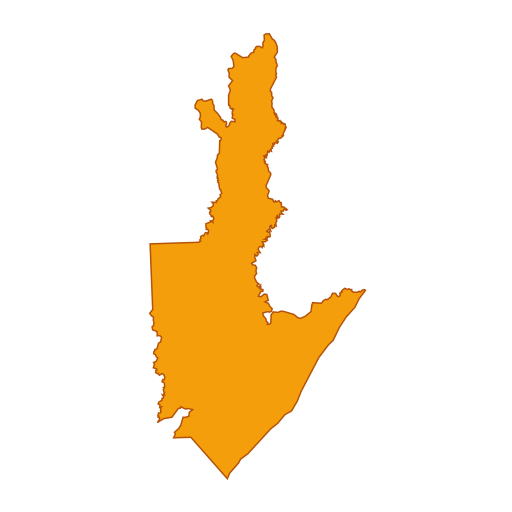 Manicoré, Amazonas, Brazil, rotated 178°
{"feature_id": "56859067B26711043280922", "entity_name": "Manicoré", "entity_type": "district", "adm_level": 2, "iso_a3": "BRA", "parent_name": "Brazil", "parent_adm1": "Amazonas", "projection": "natural_earth1", "projection_center": [-61.559, -6.788], "detail": "fine", "context": "isolated", "style": "filled", "palette": "amber", "viewbox_px": 512, "rotation_deg": 178, "n_neighbors": 0, "source": "geoboundaries", "source_scale": "gbopen_adm2", "svg_char_len": 6145}
<svg xmlns="http://www.w3.org/2000/svg" viewBox="0 0 512 512"><g transform="rotate(178 256 256)"><path d="M253.7,459.0L256.0,456.6L256.5,455.1L262.2,454.6L269.7,459.5L271.2,459.2L273.9,456.4L272.0,452.2L271.5,446.0L273.4,444.3L276.7,444.3L277.6,443.0L276.4,439.5L276.7,435.6L273.3,432.1L277.5,427.0L275.8,422.8L277.8,417.4L278.1,408.3L277.9,407.4L277.1,407.4L276.6,404.6L275.1,403.6L274.7,404.3L273.3,403.6L274.7,401.1L274.8,398.4L274.0,398.1L275.0,395.4L274.8,394.4L272.4,393.5L272.2,390.9L275.9,391.5L277.2,390.3L278.2,387.7L280.2,385.9L281.1,386.0L281.7,387.4L280.8,389.1L281.0,390.9L281.6,391.6L283.1,391.0L284.6,393.1L286.1,393.4L286.6,395.6L289.0,399.3L292.7,403.4L292.8,408.0L293.8,409.6L294.1,413.0L295.3,414.3L301.3,412.4L303.5,413.0L304.5,414.6L309.2,413.3L311.7,408.8L311.6,405.8L308.8,403.8L306.8,401.1L306.7,397.2L307.9,394.6L305.8,392.1L306.2,386.4L305.7,384.7L302.9,384.6L299.8,386.2L290.1,379.1L288.7,376.1L286.7,375.5L286.6,374.7L287.5,372.4L288.2,372.5L289.1,360.0L291.0,358.3L291.3,355.4L293.2,351.2L291.5,344.6L292.2,343.1L293.4,342.8L292.7,342.7L293.0,341.7L291.6,338.6L292.1,336.4L291.3,335.8L292.0,335.1L291.1,334.2L291.8,332.9L290.9,332.3L291.6,331.1L290.7,330.1L290.0,324.1L289.1,323.5L288.1,319.7L289.9,318.3L289.2,316.5L292.3,314.0L292.5,312.8L293.8,312.5L293.7,310.9L298.1,311.3L296.8,309.7L297.1,307.7L299.3,305.9L302.1,305.5L299.6,303.2L299.6,302.1L300.8,301.5L300.8,299.8L299.3,298.0L299.4,297.2L298.1,296.6L298.4,297.5L297.7,297.2L296.8,294.9L297.7,293.1L298.6,292.9L298.0,291.3L300.4,292.8L300.7,291.4L304.9,290.0L305.0,286.2L304.3,285.4L304.8,284.4L302.9,284.0L302.6,282.8L303.0,280.1L303.5,279.7L303.8,280.8L305.7,281.2L307.6,278.1L308.7,278.5L310.7,277.3L310.5,275.5L311.6,273.9L310.8,272.8L312.8,271.7L361.4,271.8L361.1,206.1L364.2,202.5L362.6,199.9L360.6,198.6L360.9,195.4L360.3,193.1L361.0,189.8L362.3,189.0L361.9,185.8L357.4,183.9L357.6,179.7L354.8,179.8L353.2,178.0L354.3,173.6L356.5,172.2L358.2,166.7L360.4,165.9L360.7,164.3L361.5,163.8L361.6,161.9L359.8,160.7L359.3,158.9L357.7,157.5L359.5,154.1L362.1,153.2L361.2,151.6L362.5,147.9L359.4,146.7L358.9,145.6L360.2,144.9L360.4,143.1L358.6,141.8L357.8,142.1L356.7,140.2L354.1,141.7L352.5,141.0L351.4,138.3L351.9,135.7L353.5,135.8L354.3,133.6L352.8,133.1L351.9,131.5L352.0,127.8L353.0,127.7L352.6,127.1L353.3,125.6L352.7,122.8L352.1,122.8L352.7,121.4L352.3,120.5L353.2,120.7L353.3,119.7L354.2,120.3L353.3,118.5L353.6,117.2L355.0,116.8L355.0,115.1L358.2,113.4L358.8,112.1L358.9,111.4L357.1,110.4L357.5,108.1L355.9,108.4L356.9,107.3L356.3,105.7L356.9,104.9L356.3,103.9L357.4,102.3L358.9,102.5L359.6,99.8L358.8,99.3L359.5,98.5L358.0,97.5L358.5,95.4L360.5,93.0L353.8,96.7L345.6,97.8L338.9,106.4L336.8,106.6L336.3,108.0L331.9,105.5L329.0,105.9L324.6,104.7L328.1,102.2L328.7,98.3L332.2,97.2L334.5,97.4L337.1,89.4L339.5,86.1L343.6,82.7L342.8,80.7L344.7,77.2L327.4,77.1L292.4,34.4L290.0,39.8L280.8,49.6L278.5,53.5L271.0,58.7L247.2,82.9L240.1,88.1L232.6,96.5L225.9,99.9L219.8,109.5L215.7,119.0L196.7,152.4L186.5,164.9L181.9,168.9L175.0,182.0L167.9,192.0L159.0,201.2L154.3,209.9L147.8,217.8L148.6,218.6L150.8,218.3L153.2,216.3L154.3,217.2L156.0,216.2L159.4,216.4L161.1,217.0L161.6,219.1L162.3,218.7L164.1,220.0L165.5,219.3L168.5,220.6L171.5,218.3L171.4,216.6L172.5,216.9L173.6,215.8L173.1,213.5L174.6,212.6L175.9,212.7L177.7,215.8L180.8,216.1L182.8,212.3L186.4,209.9L187.9,210.3L190.3,209.0L192.2,206.5L201.0,207.4L202.0,204.8L202.9,198.6L208.8,194.1L213.3,192.2L216.0,192.6L220.2,196.3L230.5,199.7L233.0,200.0L236.0,198.9L240.7,199.5L242.9,196.8L243.6,188.4L245.0,187.3L247.1,187.3L246.4,188.9L247.9,190.4L248.3,192.8L250.9,196.2L251.2,198.8L246.4,200.0L244.4,199.4L242.3,200.5L241.7,202.7L243.9,205.1L245.2,208.2L248.6,209.8L245.3,211.3L246.5,217.1L249.0,217.7L252.4,215.1L255.1,215.7L252.3,220.5L250.4,220.4L250.2,222.1L253.3,223.3L252.3,224.6L252.4,226.7L254.1,224.8L255.9,225.7L255.9,226.8L253.9,227.9L256.2,229.7L258.4,234.7L257.2,237.4L256.0,238.2L256.6,241.3L255.7,244.2L257.1,246.8L259.6,247.2L260.7,248.8L256.2,251.2L257.2,254.1L257.1,257.5L255.2,255.9L253.9,257.2L254.7,259.4L251.7,259.1L253.6,262.6L252.8,264.5L251.8,265.3L250.1,265.1L249.6,264.3L248.7,266.4L247.9,265.5L247.8,267.3L249.3,269.9L246.1,270.0L244.1,271.4L244.8,272.3L246.6,272.5L245.4,273.0L245.0,274.4L244.2,273.2L243.4,275.1L241.9,274.5L241.1,275.1L241.4,280.0L243.2,279.2L244.5,280.4L241.9,282.1L240.5,281.0L241.4,283.7L240.8,285.8L239.5,286.0L239.5,283.6L238.5,282.9L236.4,284.2L236.2,286.2L234.9,285.3L235.1,288.6L233.9,290.4L234.7,293.3L233.8,295.3L233.1,295.7L232.6,294.8L233.0,293.0L231.7,293.3L230.9,294.5L231.0,297.2L227.7,296.9L229.2,298.5L229.5,299.9L226.9,300.0L226.9,301.5L226.1,302.0L224.2,300.6L223.2,301.2L226.5,304.0L228.7,304.1L228.9,308.3L229.8,308.4L231.1,310.5L233.5,309.5L234.8,310.5L235.1,309.4L236.4,309.5L237.5,312.2L241.6,313.2L242.4,316.0L240.6,320.6L243.5,324.3L243.5,325.9L238.4,336.7L238.5,338.4L240.5,340.6L240.9,344.1L241.8,345.5L241.2,346.9L244.0,348.3L243.4,349.8L244.5,350.1L243.9,351.1L244.6,352.3L243.7,353.6L244.4,355.2L242.2,354.0L242.3,355.6L243.2,356.2L242.3,356.7L241.5,356.1L240.6,360.3L239.3,359.3L238.6,361.0L237.0,360.2L237.5,362.5L235.8,363.2L236.2,364.7L235.7,365.3L234.6,365.3L235.3,367.6L233.7,367.1L233.8,368.3L231.9,368.5L231.0,367.8L229.8,369.2L231.2,370.0L230.4,370.2L229.6,372.7L227.8,372.7L225.0,374.7L225.6,375.4L224.3,375.8L224.5,377.6L222.3,381.5L222.6,382.7L221.4,383.1L222.6,387.2L223.7,386.7L224.8,388.3L226.1,387.6L226.1,389.5L227.3,389.8L227.3,390.5L228.8,390.1L229.8,390.8L229.2,391.3L229.5,393.6L230.7,393.6L231.4,395.4L230.3,395.0L230.2,395.6L230.8,397.2L232.5,397.2L232.7,397.9L231.8,398.0L232.9,398.9L232.9,401.2L235.0,404.5L234.6,408.6L235.1,410.2L233.5,413.5L234.7,415.6L234.7,419.1L235.9,420.3L235.7,422.5L229.2,434.0L230.0,435.9L229.1,437.7L229.8,438.6L229.4,443.4L228.3,444.7L228.3,447.1L229.0,448.0L229.3,451.8L230.8,454.1L227.5,459.0L227.5,464.3L228.8,468.5L230.2,470.9L232.3,472.6L234.9,477.6L238.4,477.6L240.2,476.6L240.1,471.4L241.7,468.8L241.7,465.3L242.4,463.8L245.2,465.4L248.1,465.4L249.2,464.3L249.1,463.4L250.8,462.1L251.1,459.8L253.7,459.0Z" fill="#f59e0b" stroke="#b45309" stroke-width="1.5"/></g></svg>